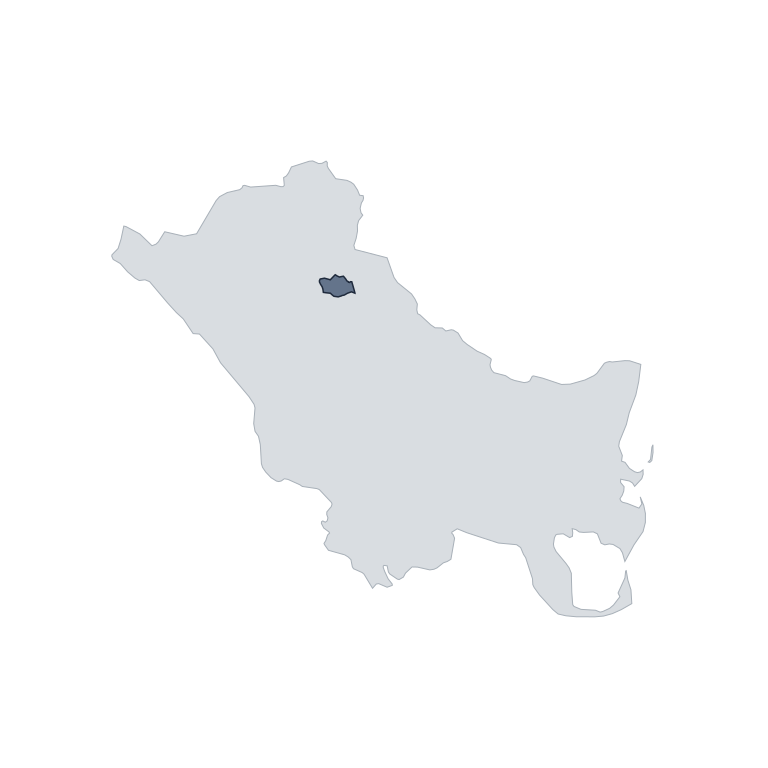 Oguzhan, Mary, Turkmenistan (highlighted), rotated 195°
{"feature_id": "10190150B14895102239013", "entity_name": "Oguzhan", "entity_type": "district", "adm_level": 2, "iso_a3": "TKM", "parent_name": "Turkmenistan", "parent_adm1": "Mary", "projection": "natural_earth1", "projection_center": [61.298, 37.395], "detail": "fine", "context": "in_parent", "style": "filled", "palette": "slate", "viewbox_px": 768, "rotation_deg": 195, "n_neighbors": 0, "source": "geoboundaries", "source_scale": "gbopen_adm2", "svg_char_len": 4463}
<svg xmlns="http://www.w3.org/2000/svg" viewBox="0 0 768 768"><g transform="rotate(195 384 384)"><path d="M232.4,260.0L265.6,261.8L275.8,263.1L280.1,258.5L279.9,257.4L278.3,256.4L275.9,253.3L274.0,232.0L277.0,228.9L280.3,226.7L285.2,220.1L287.8,218.0L291.6,216.3L304.3,215.8L309.6,214.5L314.3,206.9L315.3,202.5L318.8,199.0L320.7,199.0L329.3,202.0L331.1,203.6L333.9,209.2L337.1,208.8L337.6,207.9L337.3,206.7L334.9,203.2L329.6,196.9L324.3,192.9L323.9,191.6L328.4,188.5L337.5,189.8L339.7,188.8L342.2,183.7L354.0,195.1L356.2,196.2L365.7,197.7L367.3,199.3L370.5,205.8L373.7,207.6L377.7,208.8L394.6,209.0L399.9,213.4L400.7,214.5L399.7,217.6L399.4,223.5L398.0,225.9L398.9,226.9L404.9,229.3L408.4,233.1L408.7,234.8L407.7,235.9L404.9,235.3L403.5,237.1L403.5,240.2L405.5,243.1L406.1,245.7L403.2,251.9L403.1,254.5L404.0,255.9L419.2,265.3L421.7,265.6L436.4,263.9L439.2,264.9L452.1,267.0L455.7,266.7L458.2,263.7L460.5,262.5L462.7,262.4L468.9,264.3L475.4,268.3L479.7,272.0L481.8,275.3L487.8,293.5L491.7,301.0L496.3,304.9L499.6,312.0L502.4,327.5L504.2,330.7L511.2,336.9L547.4,362.2L558.3,373.6L575.2,384.5L581.4,383.3L594.7,394.9L603.1,399.3L614.0,406.3L636.9,422.2L641.8,422.8L647.2,420.6L652.1,421.9L660.7,426.0L669.9,432.1L677.8,434.2L680.0,436.9L680.2,438.4L675.9,446.1L675.5,455.9L676.2,469.2L674.0,469.3L658.6,465.7L643.9,457.5L640.4,460.1L638.7,462.9L635.2,474.3L615.4,475.0L603.9,480.6L593.6,517.8L591.3,522.4L584.9,528.4L573.6,534.4L571.9,536.8L571.5,539.1L570.1,539.8L563.8,539.7L540.0,547.9L534.7,547.9L532.6,548.5L531.7,550.0L534.4,557.4L532.2,559.6L530.8,563.2L529.6,569.7L513.9,579.8L510.6,581.0L504.3,580.0L501.0,581.1L497.6,584.3L496.1,583.3L495.3,580.0L493.6,577.9L483.8,569.8L472.5,571.1L468.2,570.4L464.9,569.1L459.7,564.4L456.4,560.0L452.9,560.5L451.9,558.4L451.8,556.0L452.7,553.0L452.5,547.4L450.5,543.4L448.2,541.6L450.8,535.2L450.8,530.3L449.2,525.1L448.6,517.5L449.0,510.1L446.8,506.4L413.7,506.7L401.9,489.5L397.1,485.4L380.7,478.1L376.2,474.2L372.5,469.9L371.5,464.1L369.7,460.6L367.2,460.1L354.3,453.3L349.2,451.5L342.2,453.2L338.0,451.2L333.1,453.8L331.0,454.0L325.7,452.4L319.3,446.2L313.9,443.7L302.5,439.8L294.5,438.5L287.4,436.2L286.7,435.3L286.6,430.1L285.6,427.9L283.6,425.3L280.8,423.4L268.7,423.5L263.1,421.6L258.7,421.2L249.0,421.6L245.9,423.0L244.0,424.7L242.8,429.8L241.7,430.5L232.3,430.7L212.4,429.5L204.0,432.1L190.9,439.9L183.3,446.5L181.1,449.4L176.5,461.1L174.5,462.7L171.9,464.1L169.3,464.3L157.4,468.9L152.8,470.0L141.0,469.4L138.6,452.2L137.9,438.6L139.7,419.7L139.4,407.6L141.7,389.2L141.2,384.7L135.3,376.6L134.6,371.0L130.9,370.7L125.1,366.0L119.3,364.1L116.3,364.0L113.6,365.4L111.6,368.1L110.3,363.8L110.5,359.3L115.4,350.0L118.3,352.7L121.8,353.8L130.8,353.3L130.0,350.1L125.5,346.9L124.7,342.7L125.1,338.3L126.4,334.2L125.1,332.5L123.0,331.5L118.2,331.6L105.6,330.1L103.9,334.9L107.3,341.3L101.7,334.0L98.0,326.6L95.7,317.9L95.6,308.5L100.9,293.4L105.4,274.9L110.0,282.7L113.5,286.1L121.2,288.3L125.0,287.8L129.1,285.8L133.1,286.4L139.1,294.5L143.5,295.3L152.8,292.3L157.1,291.6L160.9,293.0L164.8,293.0L163.2,289.2L162.6,285.6L164.9,283.7L172.1,285.7L177.9,283.6L179.0,282.6L179.6,279.5L178.9,273.2L177.7,270.5L174.4,266.7L161.8,257.8L157.6,254.3L154.1,249.7L148.7,231.4L144.6,219.7L142.9,218.3L135.4,217.3L121.2,220.2L116.2,219.6L113.9,220.8L108.0,225.7L105.1,229.9L101.1,239.6L103.8,242.7L101.1,259.0L102.2,265.9L101.7,266.4L97.7,257.7L92.2,249.1L87.8,236.0L96.5,227.4L104.0,221.3L111.8,216.7L120.0,213.7L138.2,208.9L148.3,207.2L156.3,206.9L162.5,209.8L179.1,220.4L186.3,226.3L188.3,228.7L190.2,234.4L202.2,252.9L205.1,255.5L209.7,261.4L214.3,263.1L232.4,260.0ZM108.9,392.4L108.5,394.9L106.4,387.5L105.5,379.3L107.0,377.0L108.6,377.1L107.0,380.1L108.9,392.4Z" fill="#d9dde1" stroke="#a8b0b8" stroke-width="1"/><path d="M435.8,464.7L439.1,470.3L441.6,474.4L443.0,474.1L443.2,473.7L443.4,473.2L443.5,473.2L444.7,473.1L445.0,473.6L446.6,474.0L448.0,475.4L449.2,476.3L449.7,476.6L449.9,476.8L451.1,477.6L452.6,476.9L453.8,476.3L454.7,475.8L457.2,476.2L458.3,476.6L459.4,476.9L460.0,475.9L462.9,470.7L463.9,470.8L468.9,470.8L472.8,468.9L472.9,468.4L473.1,467.0L473.1,466.9L472.6,465.6L472.0,465.0L471.7,464.6L470.9,463.7L468.9,461.9L467.7,460.0L467.4,459.4L467.3,459.2L466.3,456.8L463.8,457.1L459.2,457.8L459.1,457.7L457.4,456.8L455.2,455.8L454.8,455.8L450.8,456.3L447.9,458.1L447.5,458.6L446.0,459.3L445.3,459.7L442.8,462.2L439.3,464.6L435.6,464.2L435.8,464.7Z" fill="#64748b" stroke="#1e293b" stroke-width="1.5"/></g></svg>